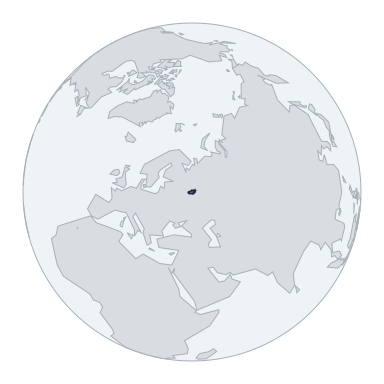 globe centered on Ivanovo
{"feature_id": "RUS-2355", "entity_name": "Ivanovo", "entity_type": "Region", "adm_level": 1, "iso_a3": "RUS", "parent_name": "Russia", "parent_adm1": "", "projection": "orthographic", "projection_center": [41.756, 57.059], "detail": "fine", "context": "on_globe", "style": "filled", "palette": "slate", "viewbox_px": 384, "rotation_deg": 0, "n_neighbors": 0, "source": "natural_earth", "source_scale": "10m", "svg_char_len": 12298}
<svg xmlns="http://www.w3.org/2000/svg" viewBox="0 0 384 384"><circle cx="192" cy="192" r="169" fill="#eef3f6" stroke="#a8b0b8"/><path d="M130.6,34.6L134.8,33.0L132.1,34.0L136.6,32.4L141.4,30.9L149.9,28.6L161.2,27.6L165.6,31.6L161.0,31.8L162.6,33.0L168.5,33.0L172.0,32.8L185.5,39.3L204.7,43.6L212.2,42.4L209.4,44.9L224.6,41.4L235.9,43.5L222.2,42.8L220.1,44.0L227.3,46.0L226.7,47.8L229.9,49.9L228.5,51.9L220.6,51.7L219.6,53.1L224.8,54.5L226.7,57.6L219.2,55.3L221.8,60.7L209.0,61.9L190.2,55.3L182.1,58.8L160.1,59.7L161.2,61.8L153.5,63.8L151.9,67.1L148.3,66.6L150.1,69.8L153.7,69.6L155.7,71.0L155.0,73.0L150.3,72.6L149.9,71.6L148.2,72.5L146.2,71.5L146.8,73.2L141.2,72.6L145.8,76.2L140.4,78.3L137.0,77.2L138.7,73.3L134.9,62.1L131.9,60.3L126.0,61.3L112.0,71.3L108.1,71.1L101.9,73.7L103.4,75.5L108.8,74.1L110.0,78.3L116.4,76.4L117.8,77.9L123.9,77.8L121.5,82.2L115.9,86.6L110.7,87.0L108.1,89.1L111.8,92.4L101.0,97.1L91.8,107.3L89.2,108.2L86.2,102.8L89.3,93.1L85.5,87.3L86.4,95.6L79.8,98.2L78.1,100.7L77.5,103.4L79.4,104.2L76.8,106.2L75.0,98.4L77.3,96.5L77.8,98.9L79.2,94.5L77.9,89.8L74.7,91.7L76.1,83.4L73.8,84.8L72.9,83.9L76.4,82.2L70.0,85.3L71.2,78.0L62.6,84.6L72.7,74.9L77.4,69.9L82.3,64.8L80.9,65.7L89.3,58.5L93.8,54.5L93.0,55.1L104.9,47.2L117.5,40.3L130.6,34.6ZM33.1,134.6L30.7,142.1L26.0,160.6L23.7,177.7L23.2,184.9L23.2,185.1L24.2,172.2L26.2,159.5L29.2,146.9L33.1,134.6ZM23.3,202.0L25.0,217.0L28.1,232.5L29.2,237.1L26.4,225.6L24.5,213.9L23.3,202.0ZM60.7,86.1L49.5,102.0L53.7,95.1L53.3,95.8L56.6,91.3L62.0,84.3L66.4,79.1L60.7,86.1ZM60.6,88.3L62.4,85.9L60.9,88.0L60.6,88.3ZM173.7,32.5L168.7,32.9L163.5,32.3L167.8,31.7L173.7,32.5ZM183.3,34.5L180.8,35.0L179.3,33.1L181.2,33.4L183.3,34.5ZM217.7,41.4L213.7,40.7L217.8,40.8L217.7,41.4ZM230.6,49.8L231.9,49.5L233.0,50.8L230.6,49.8ZM124.9,75.5L124.4,76.6L123.5,76.0L124.9,75.5ZM127.9,74.4L127.2,72.9L128.6,72.2L129.0,73.2L127.9,74.4ZM231.9,55.1L233.2,57.3L230.5,55.0L231.9,55.1ZM128.5,76.5L131.1,71.2L133.5,70.0L137.0,72.7L128.5,76.5ZM233.1,58.6L236.4,64.3L239.6,64.0L232.4,68.3L232.0,61.9L228.1,58.9L231.6,59.7L233.1,58.6ZM155.1,68.7L151.2,68.9L155.0,66.9L155.1,68.7ZM157.1,67.1L165.9,59.4L171.3,60.3L167.3,62.6L174.7,62.4L173.0,66.5L168.5,67.6L165.4,66.2L167.1,68.9L157.1,67.1ZM227.9,69.9L227.5,71.3L226.4,69.8L227.9,69.9ZM156.8,71.4L158.1,69.7L162.8,70.3L161.1,73.8L160.1,72.5L156.8,71.4ZM177.6,60.4L180.8,61.6L180.3,65.2L181.5,66.2L173.4,66.7L177.6,60.4ZM158.7,73.4L160.1,75.6L157.2,77.2L155.8,73.1L158.7,73.4ZM164.8,69.0L167.0,69.4L165.2,70.3L164.8,69.0ZM148.0,84.6L149.4,82.3L152.0,82.4L148.0,84.6ZM160.8,76.4L161.7,75.8L162.9,75.6L163.2,77.4L160.8,76.4ZM173.6,69.3L172.7,70.7L176.9,69.3L176.7,72.1L171.3,72.0L173.5,73.2L173.5,74.1L169.2,73.1L173.6,69.3ZM167.1,78.8L160.3,79.9L157.0,84.0L154.6,84.0L160.3,77.5L167.1,78.8ZM168.7,75.5L167.2,77.5L165.0,76.4L164.6,74.4L168.7,75.5ZM178.4,74.1L180.1,69.8L181.2,70.0L178.4,74.1ZM166.6,80.2L168.3,79.9L166.6,80.6L166.6,80.2ZM175.3,76.2L175.7,74.6L177.0,74.9L175.3,76.2ZM171.2,80.8L169.0,81.1L168.7,79.6L171.2,80.8ZM173.4,78.8L175.0,79.6L169.9,78.9L173.4,78.1L173.4,78.8ZM176.4,76.7L177.3,76.3L176.0,77.3L176.4,76.7ZM173.6,86.2L167.2,85.7L166.6,82.5L172.8,83.3L173.6,86.2ZM132.2,350.0L124.8,346.8L110.8,335.9L114.1,333.5L112.2,328.9L100.1,312.7L102.7,307.2L99.7,302.5L93.3,299.8L89.9,293.9L86.2,291.4L63.5,276.4L57.2,264.8L51.4,238.5L56.0,235.1L58.0,226.1L90.6,215.8L96.2,222.6L120.3,231.6L123.1,234.4L118.8,241.5L135.8,258.7L143.0,254.0L159.8,263.5L171.9,265.1L178.8,250.4L158.9,247.5L157.0,239.1L174.0,234.8L191.6,237.2L191.3,234.1L181.5,226.2L186.7,220.6L178.2,222.9L180.7,226.5L175.5,228.2L172.8,225.0L174.8,223.1L169.8,220.9L161.7,231.1L163.4,235.9L149.7,234.9L151.3,242.8L147.1,245.2L143.0,232.7L144.3,228.8L135.5,213.1L132.9,217.0L141.0,232.3L137.9,230.3L134.3,236.2L134.6,230.2L126.4,212.9L114.9,210.1L98.0,219.1L91.7,216.2L87.5,208.8L95.8,194.3L108.9,202.6L112.1,198.0L111.3,187.6L115.3,191.1L116.6,188.1L121.8,190.7L130.9,186.5L136.4,188.3L141.7,179.3L145.3,179.1L141.1,184.4L141.1,189.2L155.0,193.7L158.2,192.4L160.6,186.3L164.1,188.5L164.7,182.0L173.5,181.5L163.2,176.8L165.7,170.0L172.0,165.9L170.9,162.9L160.6,169.7L158.2,173.2L159.1,177.5L150.9,186.9L145.7,187.0L147.3,174.3L140.1,173.3L144.5,164.3L169.6,150.9L179.2,149.5L191.2,161.5L188.0,165.6L182.0,163.3L185.8,171.8L186.3,168.0L189.3,170.0L192.4,164.4L194.6,165.5L193.8,158.3L196.9,159.0L197.4,163.6L204.6,156.3L211.5,156.5L212.1,154.3L210.8,152.0L220.4,154.0L220.4,152.3L217.2,151.0L215.2,146.9L215.3,140.6L218.6,141.6L219.0,144.0L224.9,150.9L225.4,157.4L226.8,157.2L227.1,151.8L220.0,143.4L219.1,139.4L223.0,142.8L221.5,141.2L222.1,139.5L225.8,138.9L221.8,135.0L224.0,116.1L231.4,113.4L234.6,118.3L239.6,107.2L247.6,105.6L244.7,104.3L245.1,98.5L242.6,98.9L241.2,97.9L241.2,83.9L243.8,81.7L240.5,74.8L239.0,74.2L236.9,75.4L232.4,68.3L239.6,64.0L242.6,65.5L245.1,62.1L251.7,66.2L258.3,68.2L264.1,75.0L268.8,76.3L269.2,74.8L275.9,75.6L288.3,82.8L276.5,83.3L257.5,75.1L265.1,78.9L262.9,80.0L265.2,82.7L270.6,85.3L271.6,84.4L277.5,100.0L289.4,112.2L289.9,105.7L294.0,104.8L308.0,114.5L321.5,141.3L327.2,141.5L330.1,144.6L330.8,150.9L326.6,146.5L323.9,149.0L321.5,145.7L321.2,154.8L317.6,150.6L319.2,160.0L322.8,161.2L324.3,154.5L327.2,164.8L333.6,164.4L338.6,170.4L341.8,192.2L338.9,205.7L339.6,208.4L336.2,210.0L335.1,219.2L343.9,223.3L344.8,226.7L341.4,241.0L340.7,238.9L331.9,243.1L332.6,252.5L339.4,251.1L341.8,255.4L337.6,259.2L334.9,255.6L331.7,256.9L330.9,249.5L325.1,242.3L320.7,249.7L319.4,245.2L310.8,241.1L303.6,251.3L293.3,273.5L294.6,285.2L289.8,293.2L277.5,282.6L272.7,271.9L267.8,275.5L255.6,269.0L233.0,275.1L230.2,272.1L225.9,274.7L217.3,272.6L213.2,267.2L207.9,268.2L218.9,282.1L224.7,280.9L230.2,274.1L232.1,279.1L240.4,281.8L229.7,296.5L197.0,310.2L194.5,301.2L173.5,272.9L174.6,269.7L174.5,269.3L174.3,268.6L171.6,273.8L168.2,267.6L178.6,288.6L180.1,296.7L196.5,310.7L194.8,312.1L200.3,314.6L218.9,309.7L218.8,312.6L209.6,325.9L184.5,340.7L188.3,348.4L187.3,353.7L172.7,355.5L175.1,358.2L167.7,358.0L168.0,358.8L162.7,358.4L159.1,357.7L145.5,354.4L132.2,350.0ZM77.9,226.8L76.7,229.4L77.9,226.8ZM209.3,247.4L220.4,246.9L216.7,237.1L220.7,236.1L218.0,233.3L216.4,236.4L210.1,228.2L215.3,224.6L214.6,220.1L210.9,220.1L202.3,228.1L211.4,239.6L208.3,244.0L209.3,247.4ZM30.6,142.5L29.7,145.2L30.4,142.8L30.6,142.5ZM53.2,95.7L51.3,98.5L50.0,100.5L51.2,98.7L53.2,95.7ZM40.4,119.4L38.8,123.1L40.0,119.9L40.4,119.4ZM48.0,104.5L41.6,116.6L43.9,111.1L48.1,103.6L45.9,107.8L48.0,104.5ZM59.2,89.0L57.7,90.9L57.4,91.1L59.2,89.0ZM59.5,89.9L59.9,89.3L61.1,88.0L59.5,89.9ZM79.9,98.7L80.0,99.4L78.9,102.2L78.4,101.1L79.9,98.7ZM80.6,114.1L76.4,117.0L79.0,114.0L77.4,112.9L80.9,105.4L88.1,108.3L84.2,108.2L80.6,114.1ZM87.5,96.6L84.5,100.8L87.5,96.1L87.5,96.6ZM118.7,169.4L119.9,172.8L117.0,175.6L110.0,174.1L114.1,169.9L118.7,169.4ZM122.1,176.9L125.6,165.2L130.1,166.0L127.0,167.5L129.6,169.1L125.3,172.1L126.1,184.6L123.6,187.9L112.2,182.8L117.3,182.5L115.9,179.1L122.1,176.9ZM126.7,136.4L128.2,132.1L135.9,139.2L133.5,142.5L126.4,141.0L125.0,136.2L126.7,136.4ZM134.2,82.5L134.4,80.8L135.7,80.9L136.6,82.3L134.2,82.5ZM148.4,83.5L135.1,89.9L134.6,88.3L127.5,94.4L123.2,92.5L128.0,88.6L119.4,91.9L122.0,87.6L116.4,90.4L127.4,81.8L129.4,78.3L128.8,82.9L132.6,84.6L134.8,84.3L142.7,81.0L148.9,74.6L153.7,75.6L155.4,78.0L154.7,79.6L151.8,78.4L152.8,81.6L148.1,81.1L148.4,83.5ZM173.0,109.1L170.0,106.4L171.3,113.8L166.6,112.9L167.0,113.8L163.0,115.1L159.0,118.3L157.0,117.3L156.3,119.0L153.6,120.0L152.0,122.1L147.9,121.0L145.5,123.5L145.0,121.6L141.9,126.2L142.4,122.3L139.0,123.4L140.3,126.6L122.6,117.1L114.8,116.5L108.1,118.4L109.7,111.7L117.1,106.0L126.8,101.8L134.1,103.5L133.5,100.3L136.8,100.3L135.9,102.8L139.3,98.9L141.8,99.5L150.4,96.7L153.8,91.0L157.1,89.9L157.0,92.5L160.3,89.7L162.3,93.9L164.7,93.3L169.1,96.9L167.5,102.4L170.3,101.4L173.8,104.3L173.0,109.1ZM174.7,87.3L173.9,93.8L170.9,96.6L164.5,89.1L162.1,89.1L157.9,84.7L162.3,80.8L163.1,82.4L164.9,83.1L162.8,84.0L165.8,83.7L167.0,86.0L169.7,86.4L168.7,88.4L174.7,87.3ZM127.2,232.7L129.5,234.0L133.3,235.1L131.2,238.9L127.2,232.7ZM121.4,221.0L123.6,221.4L122.4,227.1L120.0,225.8L121.4,221.0ZM125.9,216.9L123.8,221.0L123.5,218.0L125.9,216.9ZM143.3,184.5L145.8,184.6L145.6,186.2L143.8,187.9L143.3,184.5ZM175.9,132.0L174.7,129.7L175.7,129.0L176.2,123.4L179.8,123.8L180.8,127.3L175.9,132.0ZM174.8,252.7L170.8,255.3L169.2,253.6L170.9,253.0L174.8,252.7ZM149.5,247.9L154.8,251.2L148.8,248.9L149.5,247.9ZM179.9,131.4L179.7,129.0L181.6,130.7L179.9,131.4ZM182.4,123.8L184.8,125.2L180.3,123.1L182.4,123.8ZM216.7,351.4L206.3,358.8L198.1,359.2L196.1,357.9L199.6,353.7L208.9,351.6L213.4,348.7L216.7,351.4ZM354.0,240.0L353.2,242.7L353.7,241.0L354.4,238.5L354.0,240.0ZM352.6,244.2L345.6,260.4L342.3,265.5L343.4,262.6L348.7,252.8L352.6,244.2ZM343.1,263.1L337.6,268.1L327.3,267.1L331.0,263.1L341.3,258.2L340.7,260.4L344.1,258.2L343.1,263.1ZM355.0,231.5L354.3,236.5L350.8,245.3L349.0,248.7L347.7,246.3L348.5,242.1L350.1,238.9L354.3,216.5L356.2,214.1L355.4,222.1L356.8,221.9L355.0,231.5ZM295.4,285.8L299.6,289.7L296.8,292.7L295.4,285.8ZM354.4,204.3L353.8,213.9L353.9,203.4L354.4,204.3ZM353.5,196.0L354.4,197.8L353.1,197.9L353.5,196.0ZM341.0,211.6L339.4,215.6L338.6,214.1L340.2,208.1L341.0,211.6ZM342.3,175.6L345.1,180.4L345.8,182.7L343.7,181.5L342.3,175.6ZM209.9,133.0L205.1,140.3L204.1,146.2L207.2,150.3L200.8,147.8L202.4,138.7L209.9,133.0ZM221.9,118.0L219.1,114.7L221.6,114.2L222.6,114.9L221.9,118.0ZM219.3,117.3L213.5,116.9L212.8,113.8L217.5,114.8L219.3,117.3ZM196.6,123.9L195.0,126.0L193.5,124.5L196.6,123.9ZM359.9,210.8L359.8,211.3L360.1,209.0L359.9,210.8ZM357.5,220.1L357.9,220.9L359.1,213.7L358.2,220.3L358.5,220.6L358.0,223.4L357.8,222.7L356.9,228.6L356.3,230.9L356.4,228.3L357.3,221.1L357.9,216.6L359.8,205.8L357.5,220.1ZM360.6,202.5L360.4,201.1L360.5,198.0L360.7,197.8L360.6,202.5ZM359.1,198.7L357.7,199.4L357.2,204.5L357.5,191.9L358.9,193.3L359.1,198.7ZM356.7,194.5L356.3,199.3L356.2,192.7L356.7,194.5ZM355.8,199.0L354.9,196.9L355.6,194.4L355.8,199.0ZM357.1,192.7L355.9,187.8L356.9,188.9L357.1,192.7ZM352.5,192.4L355.5,190.6L353.0,196.6L349.3,188.6L350.0,185.1L352.5,192.4ZM334.1,139.7L331.9,138.1L331.7,134.5L333.2,136.6L334.1,139.7ZM328.7,122.0L330.8,133.1L332.2,142.4L333.5,141.3L336.8,146.9L333.1,146.4L329.7,137.0L329.2,130.7L325.9,126.6L323.6,120.3L319.1,117.0L317.0,113.5L320.9,114.6L328.7,122.0ZM317.1,115.9L308.4,108.8L309.4,104.0L311.5,104.4L315.1,109.6L314.4,111.9L317.1,115.9ZM306.6,105.7L305.8,107.9L291.5,103.7L288.7,101.7L300.1,101.9L300.0,104.0L303.4,106.0L306.6,105.7ZM229.3,71.5L227.7,71.3L228.9,70.5L229.3,71.5ZM239.9,98.2L238.2,96.7L239.8,95.6L239.9,98.2ZM234.5,91.9L233.9,94.2L233.1,91.4L234.5,91.9ZM232.8,99.4L233.0,94.9L234.8,99.9L232.8,99.4Z" fill="#d9dde1" stroke="#a8b0b8" stroke-width="1"/><path d="M191.8,190.0L192.0,190.0L192.3,190.3L192.5,190.5L192.9,190.5L192.9,190.4L193.0,190.4L193.3,190.3L193.5,190.2L193.7,190.3L193.7,190.5L193.8,190.7L193.7,190.7L193.7,190.8L193.7,191.0L193.9,191.0L194.0,191.0L194.2,190.9L194.3,190.7L194.2,190.5L194.2,190.4L194.3,190.3L194.3,190.5L194.3,190.8L194.5,190.7L194.7,190.3L194.8,190.3L194.9,190.2L194.9,190.3L194.8,190.5L195.0,190.5L195.1,190.8L195.2,191.0L195.3,191.0L195.2,191.1L195.1,191.3L194.9,191.3L194.9,191.5L194.8,191.8L195.0,191.8L195.1,192.0L194.9,192.2L194.9,192.3L194.6,192.5L194.4,192.6L194.2,192.5L193.9,192.7L193.7,192.7L193.7,192.9L193.7,193.0L193.8,193.2L193.9,193.3L193.8,193.5L193.7,193.5L193.8,193.6L193.7,193.7L193.4,193.7L193.4,193.8L193.5,193.8L193.4,193.8L193.2,193.9L192.9,193.7L192.8,193.8L192.7,193.9L192.5,194.0L192.4,194.0L192.3,193.9L192.3,193.7L192.2,193.5L191.9,193.6L191.7,193.7L191.3,193.7L191.0,193.7L190.9,193.7L190.7,193.6L190.5,193.4L190.4,193.4L190.2,193.4L189.9,193.4L189.9,193.5L189.7,193.5L189.5,193.8L189.4,193.8L189.3,193.7L189.2,193.7L189.0,193.4L188.9,193.3L188.9,193.2L189.0,193.2L188.9,192.9L188.6,192.6L188.4,192.7L188.4,192.8L188.2,192.8L188.2,192.7L188.3,192.5L188.3,192.4L188.4,192.2L188.5,192.2L188.4,192.1L188.6,192.0L188.6,191.9L188.8,191.8L188.9,191.7L189.1,191.6L189.3,191.5L189.5,191.5L189.6,191.4L189.9,191.3L190.0,191.3L190.1,191.2L190.3,191.2L190.6,191.2L190.8,191.2L191.0,191.0L191.1,190.9L191.3,190.9L191.5,190.8L191.7,190.7L191.8,190.6L191.8,190.4L191.7,190.3L191.7,190.2L191.8,190.0L191.8,190.0Z" fill="#64748b" stroke="#1e293b" stroke-width="1.5"/></svg>